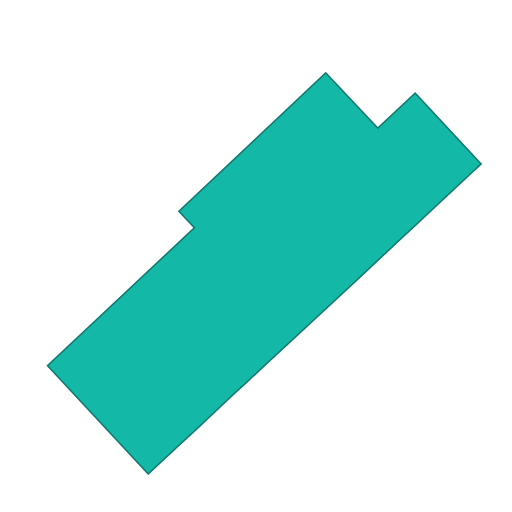 the district of Golden Valley, North Dakota, United States of America, rotated 227°
{"feature_id": "52423323B64465165831461", "entity_name": "Golden Valley", "entity_type": "district", "adm_level": 2, "iso_a3": "USA", "parent_name": "United States of America", "parent_adm1": "North Dakota", "projection": "orthographic", "projection_center": [-103.986, 46.935], "detail": "fine", "context": "isolated", "style": "filled", "palette": "teal", "viewbox_px": 512, "rotation_deg": 227, "n_neighbors": 0, "source": "geoboundaries", "source_scale": "gbopen_adm2", "svg_char_len": 570}
<svg xmlns="http://www.w3.org/2000/svg" viewBox="0 0 512 512"><g transform="rotate(227 256 256)"><path d="M169.8,483.4L266.6,483.5L266.5,432.3L342.4,431.9L341.3,230.1L318.7,230.2L318.0,28.7L170.1,28.5L170.1,59.2L170.1,60.9L170.1,62.4L170.1,65.0L170.1,65.5L170.1,66.7L169.9,94.5L170.2,145.4L170.0,165.3L170.1,172.0L169.9,173.5L170.0,182.0L170.0,185.7L170.0,187.9L170.0,195.3L170.0,197.2L169.8,252.7L169.8,256.9L169.6,316.4L169.8,377.1L169.8,379.0L169.8,379.5L169.7,383.8L169.7,386.7L169.8,425.5L169.8,483.4Z" fill="#14b8a6" stroke="#0f766e" stroke-width="1.5"/></g></svg>